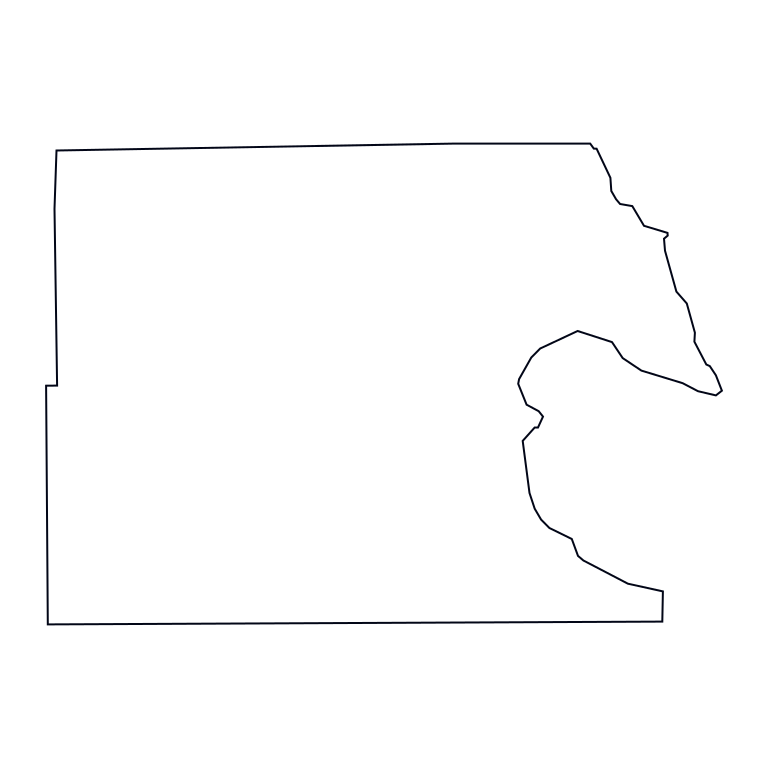 outline of Alpena, Michigan, United States of America
{"feature_id": "52423323B18778524375348", "entity_name": "Alpena", "entity_type": "district", "adm_level": 2, "iso_a3": "USA", "parent_name": "United States of America", "parent_adm1": "Michigan", "projection": "natural_earth1", "projection_center": [-83.433, 45.032], "detail": "fine", "context": "isolated", "style": "outline", "palette": "ink", "viewbox_px": 768, "rotation_deg": 0, "n_neighbors": 0, "source": "geoboundaries", "source_scale": "gbopen_adm2", "svg_char_len": 792}
<svg xmlns="http://www.w3.org/2000/svg" viewBox="0 0 768 768"><path d="M56.5,150.5L54.5,208.8L57.1,385.6L46.1,385.7L47.8,624.2L47.8,624.4L662.3,621.6L662.9,591.4L627.9,583.7L583.4,560.5L578.0,555.9L571.8,539.0L549.4,528.0L541.1,519.6L534.7,508.7L529.5,493.0L522.7,440.9L534.7,427.5L538.0,427.5L543.0,416.6L538.7,411.2L526.6,404.7L518.2,383.8L519.1,379.1L531.3,357.5L540.2,348.5L577.6,331.0L612.0,342.1L622.7,358.1L641.4,370.6L682.7,383.2L698.0,391.2L715.9,395.4L721.9,390.7L715.9,375.3L709.8,366.1L706.3,364.5L694.4,341.7L694.9,332.7L686.8,303.5L676.4,291.6L665.0,250.7L664.0,238.7L667.7,235.6L667.5,232.9L644.0,225.8L632.3,206.1L620.1,204.0L616.1,199.3L611.3,191.0L610.4,177.8L596.6,148.7L593.8,148.6L590.2,143.6L453.6,143.6L56.5,150.5Z" fill="none" stroke="#020617" stroke-width="2"/></svg>